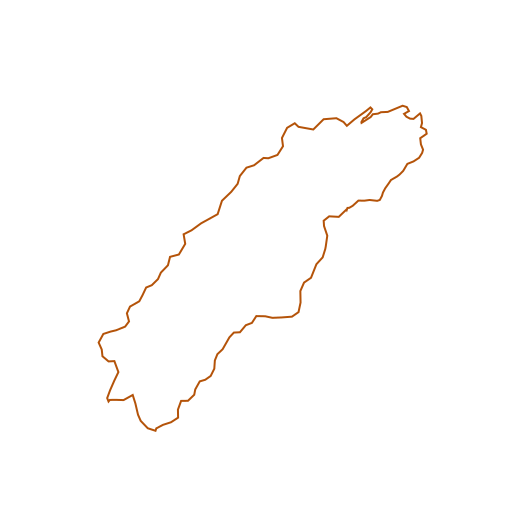 the district of Agios Amvrosios Lemesou, Limassol, Cyprus, rotated 208°
{"feature_id": "46923920B87326554948109", "entity_name": "Agios Amvrosios Lemesou", "entity_type": "district", "adm_level": 2, "iso_a3": "CYP", "parent_name": "Cyprus", "parent_adm1": "Limassol", "projection": "natural_earth1", "projection_center": [32.814, 34.754], "detail": "fine", "context": "isolated", "style": "outline", "palette": "amber", "viewbox_px": 512, "rotation_deg": 208, "n_neighbors": 0, "source": "geoboundaries", "source_scale": "gbopen_adm2", "svg_char_len": 1978}
<svg xmlns="http://www.w3.org/2000/svg" viewBox="0 0 512 512"><g transform="rotate(208 256 256)"><path d="M197.5,339.4L197.8,341.4L196.3,342.3L194.2,345.7L191.6,353.0L186.3,355.7L182.0,358.8L174.9,361.6L173.0,363.6L173.0,368.2L173.7,371.6L173.7,376.5L173.0,381.8L172.5,386.5L168.8,392.4L167.5,395.3L166.0,400.2L165.6,408.4L161.3,413.5L158.1,419.3L157.7,425.0L158.4,428.3L162.8,432.0L166.3,437.1L162.7,444.1L165.2,447.2L170.9,447.2L171.8,451.3L175.8,457.3L178.1,458.9L181.3,451.0L184.5,449.6L188.6,449.6L192.0,451.0L189.0,455.8L192.8,458.3L197.1,457.5L207.3,445.1L213.2,441.6L215.1,439.0L219.4,436.0L220.0,432.5L225.3,423.1L225.8,423.7L225.7,428.1L223.9,430.3L222.3,436.7L222.2,440.1L224.7,440.9L226.9,435.7L233.2,422.9L236.9,413.6L241.6,415.4L249.7,415.4L260.5,408.5L264.8,394.6L279.1,390.0L284.1,391.4L288.7,383.8L288.5,372.4L283.7,365.6L284.5,355.3L291.0,348.1L295.4,346.1L300.3,335.2L305.9,329.5L307.8,319.0L306.1,311.1L308.0,301.0L312.0,288.8L309.5,274.9L319.8,259.1L325.0,248.4L330.1,241.2L324.2,233.5L324.8,221.1L331.5,214.9L329.4,206.5L332.2,196.7L331.7,189.6L334.3,181.3L338.2,176.6L337.8,168.1L337.8,161.2L343.5,152.2L343.1,144.8L337.4,138.6L338.4,132.2L344.7,124.7L348.9,121.0L354.2,115.5L354.3,105.7L348.3,101.0L344.5,95.4L336.7,93.7L331.7,96.7L323.0,88.9L322.6,79.4L321.8,69.0L320.7,60.7L317.9,58.3L317.5,60.3L312.2,63.2L305.3,66.6L299.6,75.4L293.2,69.1L285.7,60.5L280.4,56.3L270.7,53.1L262.7,54.5L263.1,57.0L258.9,63.2L253.0,69.3L248.9,76.7L252.8,83.7L254.1,92.9L248.1,96.2L245.4,104.5L247.0,109.7L246.8,118.9L242.7,122.9L239.7,128.8L239.9,136.9L243.3,144.5L244.0,151.2L241.7,158.0L241.5,164.7L241.3,171.7L239.6,178.0L234.4,181.1L232.5,190.1L228.2,195.0L227.5,203.1L219.6,207.1L212.5,209.1L204.5,213.8L195.8,219.3L192.1,226.4L194.8,235.8L200.4,245.9L201.1,255.1L197.2,262.6L198.8,277.1L196.5,286.1L198.1,294.6L198.8,296.9L202.6,307.4L210.0,314.4L212.8,318.9L210.0,325.4L201.3,329.4L197.9,339.7L197.5,339.4Z" fill="none" stroke="#b45309" stroke-width="2"/></g></svg>